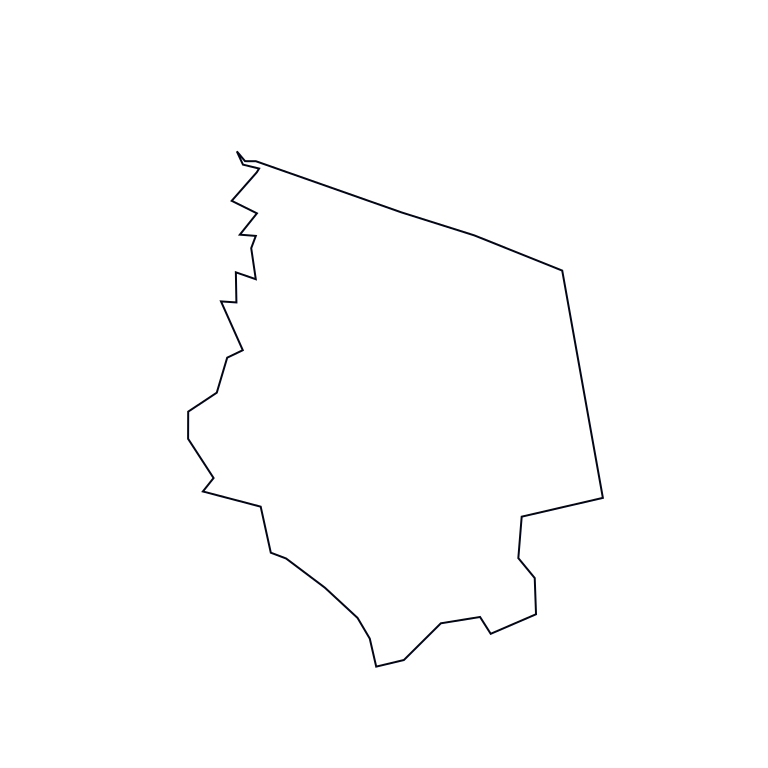 Rockcastle, Kentucky, United States of America (Mercator projection), rotated 154°
{"feature_id": "52423323B98910590262232", "entity_name": "Rockcastle", "entity_type": "district", "adm_level": 2, "iso_a3": "USA", "parent_name": "United States of America", "parent_adm1": "Kentucky", "projection": "mercator", "projection_center": [-84.266, 37.345], "detail": "fine", "context": "isolated", "style": "outline", "palette": "ink", "viewbox_px": 768, "rotation_deg": 154, "n_neighbors": 0, "source": "geoboundaries", "source_scale": "gbopen_adm2", "svg_char_len": 670}
<svg xmlns="http://www.w3.org/2000/svg" viewBox="0 0 768 768"><g transform="rotate(154 384 384)"><path d="M348.3,110.4L333.6,143.5L339.6,168.6L318.4,204.4L237.2,185.7L174.1,407.8L237.7,478.0L293.2,530.7L401.5,640.4L411.2,645.2L414.3,657.6L414.6,643.0L401.8,632.4L405.6,630.0L440.6,615.4L423.4,593.1L448.1,581.4L434.3,573.3L443.8,564.3L453.3,534.4L468.2,549.3L480.9,522.0L494.3,529.7L496.1,476.3L513.4,476.4L538.1,449.5L572.1,445.0L584.1,420.6L578.4,374.2L593.9,366.8L548.6,327.8L559.7,282.0L548.5,270.1L526.4,226.8L510.3,185.3L508.4,161.4L514.9,133.4L487.1,127.2L437.8,144.0L399.8,132.5L397.6,112.7L348.3,110.4Z" fill="none" stroke="#020617" stroke-width="2"/></g></svg>